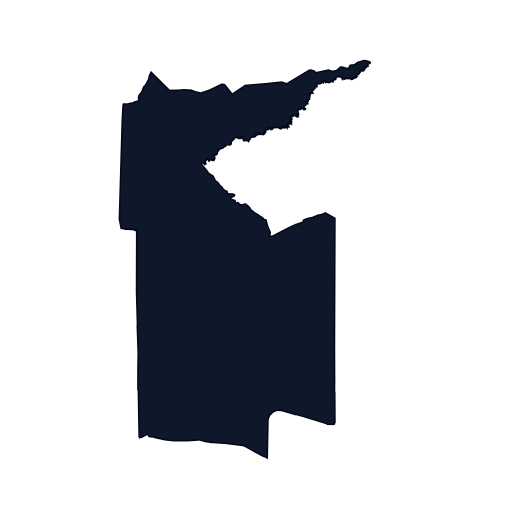 outline of Yerba Buena, Tucumán, Argentina, rotated 79°
{"feature_id": "61730980B10668196443859", "entity_name": "Yerba Buena", "entity_type": "district", "adm_level": 2, "iso_a3": "ARG", "parent_name": "Argentina", "parent_adm1": "Tucumán", "projection": "mercator", "projection_center": [-65.399, -26.771], "detail": "fine", "context": "isolated", "style": "filled", "palette": "ink", "viewbox_px": 512, "rotation_deg": 79, "n_neighbors": 0, "source": "geoboundaries", "source_scale": "gbopen_adm2", "svg_char_len": 6038}
<svg xmlns="http://www.w3.org/2000/svg" viewBox="0 0 512 512"><g transform="rotate(79 256 256)"><path d="M454.5,285.7L456.5,283.5L418.7,275.4L416.1,273.8L414.8,272.7L413.1,270.2L412.0,268.0L411.5,264.5L412.6,260.3L419.2,247.4L418.9,247.3L422.3,240.6L434.2,218.3L434.8,218.1L436.2,211.5L435.1,211.0L434.7,210.3L405.0,204.7L404.0,204.8L393.3,202.6L361.7,196.6L234.0,171.3L226.9,179.7L227.8,183.2L227.8,187.7L229.0,193.5L228.9,196.7L229.3,200.2L229.9,202.7L231.7,203.1L232.7,211.1L234.8,219.4L239.8,236.4L238.7,239.1L236.3,237.6L235.5,237.5L228.6,239.0L222.6,239.2L221.9,241.0L221.3,241.6L221.1,241.4L219.2,242.7L217.9,244.4L216.1,245.8L213.9,248.5L209.7,252.2L207.5,252.9L206.0,253.8L203.2,256.1L202.8,256.9L202.8,257.8L203.3,259.3L202.6,261.5L201.8,262.4L200.1,263.4L200.3,265.5L199.8,265.9L199.0,266.0L197.5,266.0L196.3,268.3L195.1,269.6L194.1,269.9L193.7,269.7L193.3,266.8L193.0,266.0L192.3,265.4L191.8,265.4L191.0,266.2L189.5,271.6L189.0,272.0L186.9,272.1L185.6,274.2L183.7,275.7L182.1,276.1L179.5,278.2L176.9,279.2L174.3,281.5L169.1,283.0L168.0,284.4L165.1,287.2L164.6,287.4L164.1,287.3L156.1,291.6L155.5,292.1L153.9,291.2L153.8,290.6L156.4,289.0L156.1,287.6L153.5,287.9L151.9,285.5L151.4,286.2L151.1,286.0L151.2,285.3L152.2,284.2L153.5,284.3L154.0,284.0L152.8,282.5L153.0,281.7L153.5,281.2L152.9,279.9L153.5,279.9L154.0,280.2L154.2,279.7L154.1,279.2L153.6,278.6L152.3,277.7L150.9,277.7L149.9,278.2L149.3,278.1L149.0,275.5L148.3,274.6L146.0,273.6L145.3,272.4L144.1,272.8L143.9,272.6L144.2,271.1L143.8,269.8L143.8,268.1L142.7,266.3L142.3,264.6L141.9,264.6L141.3,265.1L141.1,264.5L141.5,262.0L141.9,261.0L141.9,259.5L140.9,258.8L139.2,258.6L137.1,255.3L135.7,254.3L135.9,253.2L135.7,252.9L136.5,251.9L136.7,251.0L137.5,250.2L137.6,249.7L137.3,249.1L137.8,248.4L137.1,247.8L136.0,247.6L135.6,247.1L135.7,246.7L136.3,246.4L138.3,246.5L140.5,246.1L140.8,244.9L140.6,244.2L140.7,243.5L141.1,242.8L141.2,242.1L142.2,241.5L138.8,238.4L138.4,237.5L138.8,236.0L138.8,235.0L138.3,234.6L138.6,233.9L138.3,233.6L137.9,234.0L137.6,233.9L137.5,233.4L137.7,232.2L137.0,231.3L136.3,231.1L135.9,231.3L136.4,230.4L137.4,229.9L137.4,229.2L136.3,229.4L136.1,229.3L137.8,227.1L137.9,226.4L138.3,225.9L137.9,224.6L137.4,224.2L137.3,224.9L136.9,225.0L136.2,224.0L136.7,223.6L136.6,223.0L136.2,222.9L135.6,223.3L134.9,222.3L134.1,221.8L134.1,221.0L133.0,220.5L133.1,220.1L134.1,220.1L134.2,219.6L134.0,219.2L133.1,219.2L132.4,219.6L132.0,219.1L132.2,218.7L133.7,217.7L133.3,216.8L133.5,216.4L133.9,216.5L134.6,217.2L134.8,217.2L134.7,215.9L134.3,215.2L133.4,214.4L134.0,210.6L133.5,210.1L133.5,209.7L134.8,209.1L135.8,208.0L135.9,207.4L135.6,206.3L134.3,206.6L134.3,206.2L134.7,205.4L133.7,204.8L133.5,204.4L134.0,203.5L134.6,203.7L135.0,204.7L135.8,203.8L135.3,201.7L136.5,201.1L135.5,200.6L135.6,198.9L135.2,198.9L134.8,200.1L134.2,199.4L133.9,199.4L133.6,200.4L133.2,200.7L132.8,200.3L132.7,199.6L132.3,199.1L133.0,197.2L131.7,196.9L133.0,196.0L131.4,195.8L131.0,195.2L130.7,195.3L130.5,195.8L129.2,195.4L128.4,194.5L128.1,194.7L128.1,195.0L128.3,195.4L128.8,195.5L128.8,196.1L127.7,196.5L127.2,196.3L126.7,195.5L126.2,193.9L125.5,194.3L125.1,193.6L125.1,192.9L124.7,192.6L125.7,192.4L125.1,191.0L126.4,190.2L127.3,189.2L127.4,187.9L126.7,187.9L125.7,188.9L125.1,188.5L125.7,188.2L125.7,187.7L124.9,187.0L124.1,187.6L122.9,187.2L120.7,187.2L120.4,186.9L120.7,186.2L120.3,185.7L120.3,185.3L119.9,185.0L120.6,184.5L120.3,183.8L120.0,181.5L121.5,181.2L121.6,179.6L120.5,179.4L119.9,180.3L119.5,180.6L117.6,180.3L117.7,178.6L116.1,177.9L116.6,177.0L116.4,176.0L114.8,176.3L114.2,176.8L113.6,176.3L113.9,175.7L113.9,175.2L112.8,175.1L112.3,174.3L112.4,173.6L112.1,173.6L112.0,174.0L111.6,174.0L110.9,173.6L110.7,173.0L108.6,172.4L108.3,172.0L107.7,172.0L107.1,172.4L107.1,171.9L106.8,171.1L107.2,169.1L106.4,169.1L106.2,169.9L105.8,170.1L103.7,168.0L102.9,166.2L101.5,166.0L101.1,165.1L101.6,164.6L101.4,163.8L99.9,163.6L98.9,162.9L98.8,162.1L99.2,160.4L98.9,159.9L99.0,159.4L98.7,159.1L97.8,159.0L97.1,158.0L97.3,157.3L98.2,157.8L99.0,156.9L97.5,155.9L97.1,155.3L97.2,154.9L99.1,154.5L98.6,153.3L99.7,151.9L99.6,150.4L99.3,149.4L98.6,149.1L98.7,148.0L99.5,147.7L99.8,147.2L99.1,146.9L98.4,146.0L97.8,146.1L97.6,145.4L97.1,144.8L97.9,144.4L97.8,144.0L96.5,143.6L95.5,142.0L95.6,140.8L96.2,140.0L96.4,138.5L97.6,137.6L98.6,137.7L98.8,137.2L99.2,137.1L98.2,136.2L99.3,135.5L99.0,134.0L98.6,133.6L99.3,132.9L99.7,129.7L100.3,129.5L100.2,129.0L101.0,128.4L100.7,126.9L99.8,126.4L100.3,125.6L100.2,125.0L100.0,124.7L99.6,124.9L99.2,124.5L99.9,123.6L99.1,122.5L98.6,123.2L97.3,122.9L97.5,122.1L97.4,121.0L96.6,119.8L95.9,119.5L95.6,118.7L94.9,118.7L93.7,118.1L94.3,117.7L94.7,116.7L94.7,114.9L93.6,113.8L92.6,113.5L92.0,113.7L91.8,113.6L92.2,112.3L91.4,112.2L91.5,111.3L90.8,110.9L90.8,110.3L91.2,110.2L91.2,109.8L90.9,109.7L90.3,110.0L89.1,109.5L88.8,108.1L88.3,107.0L87.7,106.8L86.2,108.8L84.7,112.3L85.3,119.1L87.1,122.9L86.7,127.2L89.7,129.4L89.2,130.2L88.9,131.8L87.4,134.3L86.6,136.9L89.3,141.5L89.3,146.0L87.3,149.2L87.5,162.4L85.9,163.2L84.1,166.1L83.7,168.0L92.8,193.0L90.1,197.8L88.8,213.3L86.5,234.0L92.6,248.5L81.7,254.2L80.8,256.8L84.4,270.4L85.5,279.1L83.3,284.0L80.8,288.1L79.1,294.9L78.5,300.1L77.0,309.3L55.5,323.9L59.4,326.7L60.4,326.9L63.0,328.4L67.0,331.7L68.7,334.1L69.7,334.5L69.9,334.8L73.2,336.9L75.7,339.9L78.4,341.3L80.0,341.2L81.0,341.5L81.3,342.5L81.7,346.3L82.4,347.6L82.1,349.2L82.3,353.4L81.5,357.2L84.1,358.1L97.2,361.4L193.7,383.1L203.2,383.1L203.6,381.4L204.9,379.0L205.4,376.2L206.1,374.1L206.3,372.0L208.1,369.3L207.9,368.2L268.7,380.2L302.0,385.7L301.9,385.9L329.5,390.3L340.1,392.6L364.0,397.3L366.3,397.3L411.0,405.2L412.2,405.0L411.8,403.9L412.2,402.7L411.2,400.5L411.2,399.7L410.5,397.9L410.6,396.8L411.5,395.7L412.5,395.6L413.1,394.8L414.2,390.7L414.8,390.2L419.2,380.0L421.7,371.7L424.2,358.9L425.5,349.0L425.4,348.1L425.9,346.3L428.6,340.8L429.5,338.2L429.2,337.4L430.0,337.1L434.1,321.6L439.6,304.8L440.9,302.8L449.1,293.2L454.2,286.8L454.6,286.0L454.5,285.7Z" fill="#0f172a" stroke="#020617" stroke-width="1.5"/></g></svg>